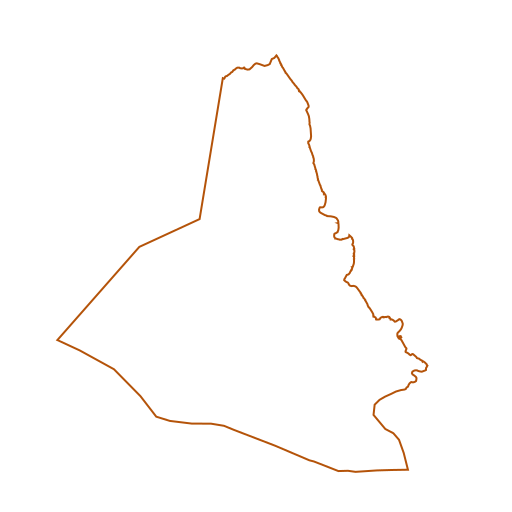 outline of Asmat, Papua, Indonesia, rotated 188°
{"feature_id": "22746128B62198228854475", "entity_name": "Asmat", "entity_type": "district", "adm_level": 2, "iso_a3": "IDN", "parent_name": "Indonesia", "parent_adm1": "Papua", "projection": "natural_earth1", "projection_center": [138.155, -5.583], "detail": "fine", "context": "isolated", "style": "outline", "palette": "amber", "viewbox_px": 512, "rotation_deg": 188, "n_neighbors": 0, "source": "geoboundaries", "source_scale": "gbopen_adm2", "svg_char_len": 5950}
<svg xmlns="http://www.w3.org/2000/svg" viewBox="0 0 512 512"><g transform="rotate(188 256 256)"><path d="M318.3,80.7L296.2,81.1L277.3,83.7L264.1,83.4L253.5,80.7L210.7,70.8L174.7,61.1L170.1,60.6L144.5,54.5L135.0,56.1L127.4,56.1L106.4,60.5L91.7,63.0L75.8,65.5L82.3,81.5L88.8,93.9L95.3,99.6L103.9,102.7L117.5,115.0L117.8,125.3L113.6,130.8L108.6,134.7L102.9,138.3L98.5,141.3L93.8,143.4L90.4,144.4L89.2,145.1L88.6,146.7L87.3,147.8L87.0,149.4L86.3,151.1L85.6,152.0L84.7,152.8L83.0,152.7L81.9,153.1L80.9,153.7L80.1,154.5L80.0,156.2L80.1,157.5L80.9,158.6L82.9,159.8L84.5,160.5L85.3,161.7L85.0,163.3L83.3,164.6L82.2,165.0L80.8,165.2L79.3,164.7L77.4,164.5L75.7,164.5L72.6,166.2L71.8,166.8L72.0,168.4L72.0,168.8L71.6,169.6L71.0,171.3L71.7,171.8L71.9,172.5L72.3,172.8L74.0,174.1L75.8,175.0L76.1,175.0L76.4,174.6L77.0,175.5L78.8,176.1L80.2,177.0L82.4,177.3L83.2,178.3L86.7,180.6L87.5,180.7L87.8,180.5L88.2,180.2L88.3,179.9L89.1,179.3L90.4,179.8L90.9,180.3L91.6,180.7L92.7,181.2L94.4,181.7L94.6,182.0L94.6,182.9L94.1,185.0L94.2,185.5L95.5,186.6L100.3,193.0L101.4,193.8L103.1,194.2L104.7,196.2L105.1,197.6L105.2,199.1L104.8,199.9L103.4,201.7L102.3,203.5L101.7,205.2L101.2,207.8L101.2,209.1L101.4,209.7L102.5,211.8L103.2,212.6L103.8,213.0L104.7,213.4L105.3,213.4L105.8,213.0L105.8,212.8L108.4,210.6L108.9,210.4L109.5,210.3L110.7,211.3L111.8,211.8L112.9,212.1L113.6,211.9L113.6,212.2L114.4,212.5L114.8,213.3L115.2,213.2L115.3,213.6L115.6,214.2L116.8,214.4L117.6,214.2L118.1,213.7L119.6,213.6L120.9,213.0L121.3,213.0L121.4,213.4L121.5,213.4L122.0,213.4L123.2,212.8L124.0,212.1L124.4,211.6L124.5,211.1L124.8,210.5L126.1,210.1L128.2,209.8L128.3,209.9L128.5,210.9L129.0,211.7L129.9,212.1L130.4,212.1L130.9,212.5L131.3,212.4L131.5,213.1L131.4,213.6L131.7,213.9L131.8,214.7L133.0,216.4L136.2,220.2L137.3,220.9L137.3,221.1L137.5,221.3L137.6,221.5L137.8,221.6L138.5,222.6L138.9,223.7L141.3,226.9L141.6,227.1L141.7,227.6L141.9,227.6L142.3,228.3L143.2,229.2L143.6,229.3L144.4,230.6L145.4,231.7L145.8,231.8L145.8,232.2L146.4,232.7L146.4,233.0L146.9,233.7L147.2,233.8L147.2,234.1L151.7,238.7L152.6,239.4L153.7,239.8L155.2,240.0L157.3,239.5L158.8,239.7L160.1,240.7L160.5,241.6L161.3,242.4L162.0,242.7L162.5,242.7L163.8,243.3L165.3,244.3L165.3,245.4L165.0,245.8L163.5,249.9L162.1,250.5L161.6,250.9L161.5,251.2L160.8,252.2L160.4,253.7L159.9,255.0L159.7,254.8L159.3,255.5L159.0,257.9L159.3,258.3L158.9,258.4L158.7,258.8L158.1,261.9L158.1,263.6L158.4,266.0L158.7,266.6L158.6,266.8L158.4,267.0L158.9,268.7L158.9,269.0L158.8,268.9L158.7,269.0L158.7,269.5L159.1,269.7L159.0,269.9L159.0,270.2L159.3,270.1L159.2,270.5L159.4,271.7L159.2,271.7L159.2,272.3L159.2,272.5L159.4,272.5L159.2,273.3L159.2,274.7L159.9,276.1L159.8,276.3L160.2,276.4L160.2,276.6L159.9,276.9L159.9,277.3L160.6,279.2L161.9,280.2L162.2,280.7L162.2,281.1L161.8,281.9L161.7,282.5L161.8,283.8L162.1,285.0L162.5,285.8L163.3,286.4L163.2,286.8L163.3,287.2L164.7,288.3L166.5,289.5L166.5,289.2L166.3,288.9L166.3,288.5L166.8,287.5L167.5,287.0L167.6,286.9L167.3,286.9L172.5,284.7L172.4,284.8L172.8,284.9L173.0,284.7L173.2,284.3L173.5,284.1L175.3,283.8L176.1,284.0L177.2,284.0L179.7,284.5L179.9,284.4L180.0,284.7L180.6,285.1L181.2,285.9L181.5,287.4L181.5,288.7L181.1,289.2L180.0,289.8L179.0,290.7L178.8,291.0L178.6,291.0L178.1,293.2L178.1,295.5L178.7,299.0L179.0,299.9L179.4,300.0L179.1,300.1L179.2,301.2L179.7,302.5L181.3,304.4L182.1,304.9L184.2,305.5L187.4,305.7L191.2,305.4L191.6,305.8L193.5,306.1L198.0,307.8L198.7,308.2L199.6,309.0L200.0,310.4L200.0,311.0L199.7,312.6L199.3,313.2L197.5,313.3L196.5,313.6L196.1,313.8L195.3,315.0L195.0,316.0L194.6,318.9L194.7,322.6L194.9,323.8L195.2,324.0L195.0,324.6L195.6,325.9L196.0,326.4L196.2,326.5L196.3,326.7L197.2,327.7L197.5,328.0L197.6,327.8L197.7,328.3L198.0,328.5L198.7,329.0L198.9,328.9L198.8,329.0L199.6,329.4L199.8,329.7L200.1,331.1L200.5,331.4L200.8,332.0L201.8,334.1L202.0,334.8L202.5,335.2L204.8,339.5L205.1,339.9L205.3,340.0L205.2,340.4L205.3,340.9L205.9,342.0L206.2,343.5L206.5,343.9L207.0,345.6L208.0,347.8L208.2,348.0L208.1,348.3L208.8,349.9L209.3,350.3L209.3,350.8L210.8,354.1L211.0,354.7L212.1,355.9L212.1,356.3L211.9,357.4L211.9,358.2L212.2,359.8L212.6,361.0L213.0,361.5L213.3,362.7L214.2,364.1L215.1,366.1L215.3,366.3L216.2,367.7L218.1,371.5L218.3,371.5L218.3,371.8L218.2,372.0L219.0,373.7L219.9,374.8L220.0,375.8L220.2,376.1L220.2,376.4L220.0,376.8L219.3,377.1L218.9,377.5L218.3,378.7L218.1,379.8L218.1,382.2L219.7,389.9L220.6,392.5L221.4,393.8L221.5,395.9L221.8,396.6L222.0,397.9L222.5,399.9L222.9,401.0L223.0,401.6L224.1,403.6L226.6,407.5L226.4,408.2L226.0,408.6L225.9,409.2L224.8,410.6L224.7,411.0L224.7,411.6L224.9,412.3L226.7,415.6L227.5,416.5L228.0,416.8L232.0,421.7L233.4,423.2L233.7,423.4L234.4,424.2L235.6,424.9L235.6,425.2L235.8,425.4L236.3,425.3L236.4,425.9L236.7,426.1L236.8,426.7L237.4,427.4L238.4,427.9L238.6,428.3L239.8,429.6L240.4,430.0L241.8,431.2L242.0,431.6L242.8,432.3L244.2,433.5L244.9,434.5L246.7,436.1L250.8,440.5L251.7,441.3L252.1,441.4L252.2,441.7L252.8,442.7L253.0,442.7L253.4,443.3L255.5,446.1L256.1,446.5L257.0,448.0L257.5,448.3L257.4,448.7L258.0,449.6L258.5,449.9L258.4,450.1L260.3,452.9L260.3,453.2L261.5,455.1L262.3,455.8L263.0,456.9L263.7,457.5L265.4,454.7L267.8,453.2L269.1,448.0L270.9,446.7L274.0,445.4L279.1,446.5L282.1,446.9L283.3,446.4L284.8,444.8L286.1,442.6L288.4,439.9L290.3,439.4L293.2,439.8L293.7,440.3L293.7,440.9L294.0,441.0L295.1,440.0L296.6,439.7L298.0,439.8L298.9,440.2L300.7,439.9L301.8,439.0L302.5,438.2L302.7,437.8L303.5,437.3L303.8,436.9L304.2,436.8L305.1,435.0L306.2,434.3L307.1,432.8L308.7,431.4L309.9,430.1L310.5,430.0L311.3,429.4L311.6,428.9L311.8,428.0L312.2,427.2L313.6,427.5L317.0,284.7L372.8,248.8L441.0,145.1L417.5,138.0L380.9,124.1L350.9,101.1L332.4,83.0L318.3,80.7ZM103.2,194.9L102.6,194.3L102.0,194.9L101.7,195.4L101.0,195.4L100.8,195.7L101.0,195.9L101.3,195.9L101.5,196.7L102.1,196.8L103.6,196.1L103.9,195.8L103.9,195.5L103.6,195.1L103.2,194.9Z" fill="none" stroke="#b45309" stroke-width="2"/></g></svg>